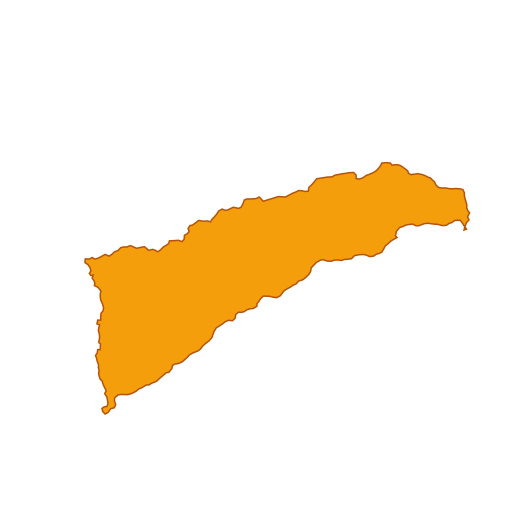 the district of Junqueirópolis, São Paulo, Brazil, rotated 239°
{"feature_id": "56859067B37779616182498", "entity_name": "Junqueirópolis", "entity_type": "district", "adm_level": 2, "iso_a3": "BRA", "parent_name": "Brazil", "parent_adm1": "São Paulo", "projection": "albers", "projection_center": [-51.444, -21.463], "detail": "fine", "context": "isolated", "style": "filled", "palette": "amber", "viewbox_px": 512, "rotation_deg": 239, "n_neighbors": 0, "source": "geoboundaries", "source_scale": "gbopen_adm2", "svg_char_len": 3967}
<svg xmlns="http://www.w3.org/2000/svg" viewBox="0 0 512 512"><g transform="rotate(239 256 256)"><path d="M173.5,450.0L176.3,453.8L177.2,457.2L180.6,457.5L183.0,461.3L185.8,460.9L188.7,461.4L191.6,463.2L194.1,463.8L196.7,464.5L199.9,465.5L203.1,467.2L206.3,467.5L208.3,465.7L210.8,462.2L212.8,458.3L214.5,456.0L216.7,453.6L218.8,449.9L220.8,447.8L224.1,446.8L227.7,447.2L230.4,446.3L233.1,445.7L235.4,443.7L237.6,442.5L240.4,440.2L243.2,437.1L244.8,433.4L246.0,430.7L248.3,429.3L250.8,429.9L253.5,428.9L256.5,427.6L258.8,426.6L261.4,424.3L262.8,421.7L263.9,419.3L266.5,419.0L268.9,415.8L270.9,411.7L269.2,409.2L268.2,406.6L267.1,402.9L267.1,399.2L267.7,394.8L268.3,392.4L268.0,387.8L268.7,384.1L270.9,381.7L273.8,383.5L277.3,382.7L279.5,378.6L280.5,375.9L281.8,373.0L283.7,367.8L284.7,365.0L284.6,362.1L286.9,357.8L288.1,354.9L290.9,347.9L288.6,341.2L287.5,336.6L284.7,334.3L286.1,331.2L288.4,328.9L290.1,326.3L290.4,322.8L290.9,320.2L291.1,317.6L291.4,311.6L295.4,305.9L299.2,290.4L304.9,289.2L305.2,285.7L306.7,282.5L309.7,277.3L310.0,274.8L308.1,272.5L305.6,268.7L305.7,265.7L309.5,261.6L310.0,255.5L311.1,253.0L313.7,251.1L313.8,247.2L312.1,243.7L311.1,240.8L310.2,237.4L308.7,234.6L310.9,232.6L313.3,228.3L316.1,225.1L315.6,222.1L315.2,217.5L316.1,215.1L314.6,212.0L311.3,211.2L310.5,208.5L310.6,205.3L307.3,203.0L306.5,199.9L309.4,197.6L312.4,191.7L313.6,189.6L311.6,187.5L311.4,183.8L311.5,181.3L310.3,176.6L310.3,173.9L313.1,172.4L315.0,170.7L316.1,166.9L318.8,166.1L321.4,165.2L322.9,161.3L324.1,157.6L329.6,153.7L330.3,149.9L332.0,147.0L332.8,144.3L331.8,140.7L332.5,136.7L331.8,134.1L331.5,130.0L335.0,127.6L335.4,120.1L336.2,116.4L339.1,114.8L339.2,111.8L341.4,108.1L338.5,106.0L334.9,107.6L331.1,107.7L328.2,106.7L326.9,104.2L324.4,104.4L323.5,106.7L321.6,104.2L318.3,104.4L315.5,103.8L313.9,102.2L311.6,103.8L309.5,104.6L305.8,105.0L303.7,103.0L301.0,101.3L297.7,100.1L294.1,99.8L290.2,98.7L287.7,96.6L286.7,93.6L284.1,91.7L280.9,89.8L282.6,87.4L279.8,84.7L277.4,86.5L275.7,84.4L273.3,82.5L269.8,81.5L266.5,79.9L263.0,76.7L260.7,77.4L258.4,75.8L256.0,74.2L257.3,72.1L254.7,70.0L253.4,67.2L250.6,66.7L247.7,65.7L243.7,65.0L241.7,63.4L238.5,62.5L236.8,60.8L234.0,59.7L230.6,59.0L228.2,59.7L224.1,58.7L220.0,58.4L217.5,58.1L216.0,55.4L212.2,55.6L208.6,54.3L205.7,53.1L203.8,50.7L204.9,48.1L204.7,45.5L201.9,44.5L198.3,45.2L198.1,48.6L199.9,52.7L198.9,56.4L201.0,59.3L204.7,60.0L207.2,61.8L208.0,66.3L206.5,69.6L204.9,72.0L203.2,74.7L202.2,78.5L201.8,83.4L202.4,86.8L201.9,90.6L201.9,95.8L200.6,97.8L200.7,101.1L200.0,104.5L200.0,107.0L200.7,110.2L201.1,112.7L201.7,115.9L202.2,118.9L201.2,121.3L202.8,125.8L205.2,128.2L205.2,130.9L203.9,133.6L203.3,138.3L204.0,142.4L204.6,145.2L205.5,147.7L205.4,152.0L205.0,154.7L204.5,157.6L204.9,160.6L206.3,164.0L207.0,167.7L207.5,172.4L208.9,176.3L210.8,178.6L213.2,181.7L214.9,185.1L214.9,188.7L215.1,192.7L215.5,196.0L215.1,199.2L212.6,202.6L213.4,206.0L216.3,208.6L216.9,212.0L215.1,214.7L214.4,217.3L214.6,220.4L213.9,223.4L212.4,226.8L212.5,230.9L214.7,232.3L215.5,234.9L216.9,237.5L217.9,241.5L214.7,246.6L211.9,249.5L209.7,252.1L209.4,256.3L210.8,259.7L211.8,262.4L211.8,265.8L211.6,269.3L211.9,272.8L211.4,276.3L212.6,279.3L211.5,284.0L212.0,287.3L213.0,291.9L214.6,294.8L217.4,297.2L219.4,304.5L219.2,309.7L217.8,312.0L214.8,314.6L212.7,317.9L212.1,321.1L210.3,324.3L208.1,327.0L207.7,329.7L206.5,331.8L204.5,336.5L205.6,340.6L203.9,345.2L202.3,348.2L200.7,350.4L196.9,353.2L195.3,356.8L195.6,359.9L194.8,362.7L194.5,365.7L196.6,369.7L198.1,372.1L198.6,375.8L199.3,379.3L199.4,382.1L199.2,386.4L201.5,385.9L204.8,389.1L206.4,393.6L205.6,397.3L205.4,400.2L204.3,403.1L202.6,406.9L199.7,408.5L198.2,410.9L197.5,414.5L196.9,417.4L195.3,420.5L193.0,423.3L191.1,425.8L189.5,428.1L187.2,430.3L185.6,432.1L184.2,435.2L184.5,438.3L183.8,441.1L184.1,444.7L181.6,449.4L178.8,449.8L175.9,449.9L173.5,450.0ZM171.1,447.7L170.6,450.3L173.5,450.0L171.1,447.7Z" fill="#f59e0b" stroke="#b45309" stroke-width="1.5"/></g></svg>